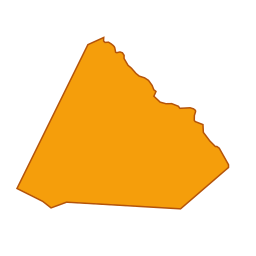 the district of Stephens, Georgia, United States of America, rotated 6°
{"feature_id": "52423323B73153598603118", "entity_name": "Stephens", "entity_type": "district", "adm_level": 2, "iso_a3": "USA", "parent_name": "United States of America", "parent_adm1": "Georgia", "projection": "equal_earth", "projection_center": [-83.254, 34.574], "detail": "fine", "context": "isolated", "style": "filled", "palette": "amber", "viewbox_px": 256, "rotation_deg": 6, "n_neighbors": 0, "source": "geoboundaries", "source_scale": "gbopen_adm2", "svg_char_len": 776}
<svg xmlns="http://www.w3.org/2000/svg" viewBox="0 0 256 256"><g transform="rotate(6 128 128)"><path d="M59.8,215.5L74.6,208.2L188.7,202.9L232.1,156.7L231.8,154.0L220.8,138.5L218.3,137.1L216.8,137.3L210.8,132.4L203.4,124.5L202.2,116.8L194.2,114.6L193.1,113.5L192.7,108.6L193.2,106.1L193.5,104.7L193.2,103.4L191.2,102.1L187.7,101.4L177.5,103.0L175.8,101.1L168.9,99.2L163.2,99.9L157.2,98.9L150.4,93.7L152.0,88.8L152.0,88.7L149.7,87.3L147.5,83.1L143.4,78.5L139.3,76.4L133.7,75.2L130.2,72.9L125.2,68.2L121.5,65.7L116.8,59.3L116.5,56.1L114.6,53.8L112.1,53.2L108.9,54.3L107.8,54.0L106.5,49.8L106.0,48.8L104.8,47.6L102.5,46.1L99.6,44.7L96.2,45.3L94.7,44.2L94.5,42.8L94.4,40.5L79.4,49.3L23.9,199.8L50.9,209.9L59.8,215.5Z" fill="#f59e0b" stroke="#b45309" stroke-width="1.5"/></g></svg>